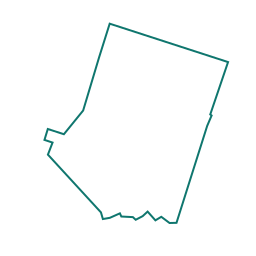 the district of Jefferson, Pennsylvania, United States of America, rotated 197°
{"feature_id": "52423323B89311736778366", "entity_name": "Jefferson", "entity_type": "district", "adm_level": 2, "iso_a3": "USA", "parent_name": "United States of America", "parent_adm1": "Pennsylvania", "projection": "albers", "projection_center": [-79.001, 41.141], "detail": "fine", "context": "isolated", "style": "outline", "palette": "teal", "viewbox_px": 256, "rotation_deg": 197, "n_neighbors": 0, "source": "geoboundaries", "source_scale": "gbopen_adm2", "svg_char_len": 448}
<svg xmlns="http://www.w3.org/2000/svg" viewBox="0 0 256 256"><g transform="rotate(197 128 128)"><path d="M88.2,48.0L84.8,53.8L74.8,47.7L70.2,52.8L60.5,49.3L53.9,51.5L52.9,153.1L51.7,164.4L53.3,165.0L51.6,220.3L176.0,222.4L176.3,187.1L176.0,131.6L187.5,103.3L204.4,103.6L204.4,92.2L195.9,92.0L196.8,79.1L129.2,39.4L125.4,33.6L119.1,36.8L110.8,44.0L108.5,41.4L97.3,44.2L93.8,42.5L88.2,48.0Z" fill="none" stroke="#0f766e" stroke-width="2"/></g></svg>